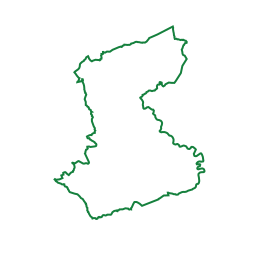 outline of Chilcuautla, Hidalgo, Mexico, rotated 337°
{"feature_id": "50627088B382438860006", "entity_name": "Chilcuautla", "entity_type": "district", "adm_level": 2, "iso_a3": "MEX", "parent_name": "Mexico", "parent_adm1": "Hidalgo", "projection": "orthographic", "projection_center": [-99.261, 20.328], "detail": "fine", "context": "isolated", "style": "outline", "palette": "green", "viewbox_px": 256, "rotation_deg": 337, "n_neighbors": 0, "source": "geoboundaries", "source_scale": "gbopen_adm2", "svg_char_len": 5824}
<svg xmlns="http://www.w3.org/2000/svg" viewBox="0 0 256 256"><g transform="rotate(337 128 128)"><path d="M57.5,147.0L55.1,148.2L54.1,146.6L53.2,144.3L52.7,144.0L51.4,143.9L50.8,144.0L50.4,145.7L48.1,145.6L48.1,148.5L44.8,148.5L41.5,147.5L40.8,146.5L40.3,146.7L40.4,147.1L41.2,147.7L40.8,148.7L41.7,149.9L42.1,150.9L44.6,153.1L45.2,154.1L46.3,154.6L47.0,154.6L47.4,155.0L47.0,155.8L47.1,156.8L47.2,157.2L48.0,157.7L48.1,158.0L48.7,158.4L48.7,159.4L49.0,159.8L48.8,161.0L49.1,162.0L49.1,163.3L49.4,164.3L53.1,167.5L55.6,169.3L56.8,172.1L57.3,174.1L58.6,175.7L59.0,178.3L59.5,180.1L59.4,180.8L59.8,181.2L59.4,181.9L59.6,182.8L59.2,183.6L59.1,184.9L59.4,185.8L58.9,186.5L58.7,187.4L58.3,187.9L58.5,188.4L58.3,189.6L58.7,189.8L58.6,191.6L59.0,194.7L59.9,196.2L59.9,197.4L61.2,197.5L62.7,198.2L63.0,198.5L63.0,199.1L63.4,199.4L64.4,199.5L65.9,198.5L66.3,198.5L66.6,199.0L67.3,198.9L67.6,199.4L68.9,199.7L70.2,198.8L71.1,198.5L72.0,198.9L73.2,199.8L74.3,199.9L74.6,199.7L75.1,199.7L78.3,201.1L78.8,201.0L80.9,199.4L82.9,199.0L85.0,199.4L85.4,200.2L85.7,200.4L86.2,199.7L87.2,200.1L88.4,199.6L91.3,200.8L94.2,200.9L96.7,202.3L96.8,203.0L97.4,203.6L98.5,203.6L99.1,204.1L99.6,202.9L100.4,202.6L103.2,200.0L104.9,198.7L105.2,198.7L106.8,199.4L107.6,200.1L109.2,202.3L110.5,205.1L128.2,205.6L128.5,205.2L130.1,205.1L134.5,204.1L138.9,205.8L139.4,203.1L139.9,203.3L140.4,204.0L143.2,205.7L144.1,206.7L145.8,207.5L146.2,208.2L147.9,208.8L149.2,208.2L152.6,208.1L153.9,208.4L155.4,209.1L157.0,209.4L159.0,209.2L163.2,209.7L163.8,209.4L166.2,209.3L167.4,208.7L168.8,206.7L170.0,206.5L170.8,206.8L171.4,206.5L172.1,205.8L172.9,204.6L173.9,201.4L174.4,198.9L174.9,197.9L176.1,197.3L177.0,197.1L178.1,197.3L180.5,198.2L181.2,198.0L181.6,197.5L181.8,195.8L180.9,194.4L179.8,194.0L176.6,193.5L176.1,193.1L175.9,192.5L176.3,191.8L177.0,191.3L177.7,191.1L179.2,191.2L180.1,190.1L180.2,189.8L179.8,189.3L177.2,188.3L177.2,187.6L177.6,187.2L179.0,186.6L180.2,186.6L181.0,186.8L182.2,187.6L183.5,188.0L184.1,188.1L184.6,187.6L185.6,183.8L185.7,181.5L185.5,180.1L185.2,179.8L184.5,179.7L180.3,180.6L179.5,180.5L178.4,179.8L178.2,179.4L178.5,177.5L182.0,174.4L181.9,173.6L180.6,171.1L179.5,170.3L178.9,170.2L177.5,171.1L176.3,171.3L175.5,170.9L174.8,170.2L174.4,167.7L173.0,166.3L172.1,165.8L170.0,165.8L168.6,165.6L168.2,165.2L168.3,163.8L167.4,162.1L166.9,161.9L165.4,161.8L164.3,161.0L163.7,160.0L163.7,159.4L164.8,157.8L165.5,156.2L165.5,154.7L165.3,153.4L164.8,152.5L164.4,151.9L163.1,151.1L162.2,148.2L161.1,146.9L160.0,146.0L157.8,145.1L156.9,144.9L155.9,143.7L156.0,143.1L157.4,142.4L158.3,141.5L158.8,139.9L160.4,138.3L161.1,137.2L161.4,136.5L161.4,135.2L161.0,134.1L159.7,132.8L158.4,132.0L157.9,131.4L157.6,130.5L157.4,128.8L157.9,127.1L157.6,126.3L156.9,125.4L156.7,124.5L157.6,123.7L158.6,122.1L158.3,120.9L157.5,120.6L156.7,119.7L155.0,116.7L153.6,116.4L152.1,116.8L151.0,116.8L150.1,116.4L149.9,115.7L150.6,113.2L150.6,112.6L151.9,110.4L152.1,109.5L151.8,107.2L151.1,105.5L151.2,104.8L153.3,104.5L154.2,103.9L154.4,103.2L155.5,103.4L156.9,103.0L157.5,103.2L158.6,102.8L159.0,102.2L160.5,102.2L161.8,101.7L163.1,102.2L164.5,103.4L166.2,103.6L167.1,104.0L167.8,103.8L168.3,103.3L169.3,103.3L170.3,102.9L171.0,100.7L172.1,99.8L173.3,99.9L173.9,100.3L174.3,100.2L174.8,99.1L174.8,98.5L175.1,98.2L175.6,98.4L175.6,99.1L176.5,99.1L176.7,99.3L176.7,99.7L176.0,101.2L176.4,103.0L176.8,103.5L178.3,103.3L179.6,102.4L183.3,102.1L186.0,103.6L188.3,104.6L190.2,103.5L198.1,98.1L202.3,92.1L209.0,87.4L208.5,83.6L207.3,82.3L207.2,81.8L207.3,80.5L207.7,79.4L208.1,76.8L209.1,76.1L210.8,74.1L211.6,73.4L211.9,73.5L213.6,72.2L215.2,72.5L215.7,71.7L215.3,70.3L214.7,70.0L213.3,68.3L213.0,68.2L212.7,68.4L211.5,67.6L210.8,67.6L208.7,65.8L208.0,65.7L207.5,64.8L205.9,64.3L206.1,62.8L206.6,61.9L206.5,60.8L207.2,58.5L207.4,57.2L208.1,54.4L208.7,53.5L208.9,52.1L191.7,53.4L182.6,53.5L182.1,54.0L178.9,55.7L177.0,56.0L175.1,55.1L174.6,55.2L172.9,54.2L171.9,53.4L170.6,52.8L169.8,52.1L168.5,51.7L166.2,51.9L163.8,51.5L163.2,52.0L162.0,52.1L159.7,51.2L157.1,49.8L156.4,50.3L155.3,50.2L154.1,50.9L153.6,50.8L153.4,50.3L151.2,50.0L144.3,50.0L141.2,50.7L138.4,49.4L136.5,49.7L135.7,49.3L135.0,48.3L134.7,48.2L134.1,49.9L133.7,50.0L132.6,49.5L132.5,50.3L131.6,50.6L131.2,52.8L130.9,53.0L130.7,53.8L129.5,53.8L129.2,54.5L128.4,54.7L127.8,54.1L124.7,52.5L122.1,52.3L120.8,52.5L119.9,51.2L119.2,48.7L119.4,47.5L119.3,46.3L117.3,46.6L115.6,48.1L114.3,48.3L113.6,49.0L111.7,49.2L109.2,50.1L108.6,50.7L107.5,52.7L106.5,53.8L105.1,54.5L101.0,55.4L100.4,55.8L100.9,57.3L101.4,59.9L102.2,62.5L102.8,63.2L101.7,64.2L101.0,65.3L99.6,65.6L99.3,66.0L103.6,66.8L104.1,66.0L104.8,65.7L105.0,65.2L105.4,65.5L105.1,66.7L104.2,67.7L104.3,70.1L104.0,72.2L103.2,74.7L102.8,75.4L102.8,76.3L102.4,78.0L102.7,78.7L102.3,79.1L102.6,79.9L102.6,81.0L101.1,82.5L99.4,84.5L99.3,87.5L98.1,90.4L98.8,91.3L99.0,92.5L99.7,93.1L99.6,94.0L99.9,94.5L99.6,95.6L100.7,96.8L100.5,98.2L101.0,99.0L100.3,98.9L100.1,99.6L99.5,100.3L99.4,100.8L99.7,101.2L99.9,102.2L99.5,102.6L99.4,102.9L99.7,103.2L99.9,104.3L98.2,105.7L97.4,107.8L97.1,113.3L97.4,114.9L97.3,115.5L96.7,116.2L96.9,117.6L96.0,118.1L95.6,119.5L94.6,119.3L93.4,119.3L92.4,119.6L91.7,120.3L90.8,119.8L89.5,119.6L86.9,119.8L86.8,121.5L87.0,121.8L87.7,122.0L88.1,122.6L88.5,122.5L88.6,123.9L89.2,124.4L89.7,125.5L90.2,125.9L91.7,128.0L91.9,129.1L92.5,130.2L92.4,131.0L91.7,132.0L91.1,132.1L90.0,131.9L86.0,130.8L84.9,129.8L83.2,129.3L83.0,129.8L82.9,131.2L81.7,131.7L80.9,131.6L79.4,133.4L79.1,134.2L78.4,134.6L78.7,144.3L78.1,145.1L77.2,145.3L76.5,144.5L75.4,143.9L73.8,143.7L72.9,143.3L69.7,139.2L68.7,139.1L65.7,139.8L65.2,139.7L63.5,138.3L63.2,138.3L63.1,138.8L63.9,139.8L64.0,141.1L63.6,143.2L63.3,143.6L62.8,144.2L62.2,144.6L61.4,145.8L60.6,146.0L60.3,146.8L58.5,146.7L57.5,147.0Z" fill="none" stroke="#15803d" stroke-width="2"/></g></svg>